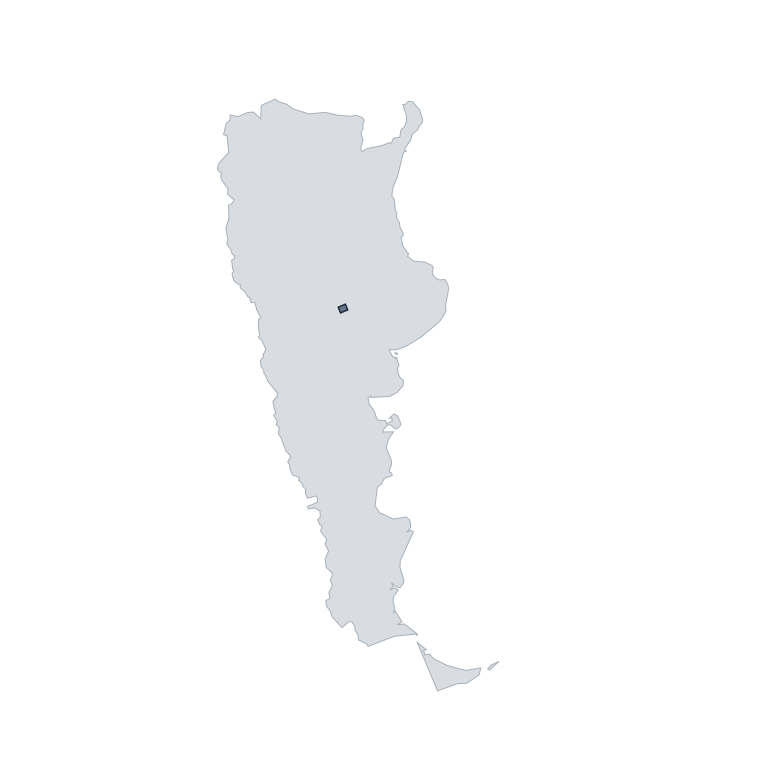 location of Trenel, La Pampa, Argentina, rotated 337°
{"feature_id": "61730980B26408179177195", "entity_name": "Trenel", "entity_type": "district", "adm_level": 2, "iso_a3": "ARG", "parent_name": "Argentina", "parent_adm1": "La Pampa", "projection": "mercator", "projection_center": [-64.18, -35.632], "detail": "fine", "context": "in_parent", "style": "filled", "palette": "slate", "viewbox_px": 768, "rotation_deg": 337, "n_neighbors": 0, "source": "geoboundaries", "source_scale": "gbopen_adm2", "svg_char_len": 4038}
<svg xmlns="http://www.w3.org/2000/svg" viewBox="0 0 768 768"><g transform="rotate(337 384 384)"><path d="M468.4,207.4L464.7,213.9L465.6,218.3L462.2,228.8L463.1,230.8L460.3,235.8L461.3,241.2L459.9,246.5L460.5,253.1L459.4,255.1L457.0,255.6L455.3,264.9L457.4,273.9L455.6,275.6L459.0,282.2L469.3,287.9L474.6,293.9L474.8,296.3L472.0,300.0L471.7,303.1L473.3,307.4L475.9,310.0L481.0,311.6L481.6,317.7L480.8,321.6L471.4,335.5L469.3,341.6L460.4,347.8L437.3,355.1L419.2,357.9L408.9,357.3L402.1,354.4L402.6,362.4L406.0,364.8L404.3,364.9L405.7,366.3L404.9,373.0L402.8,374.3L401.1,379.8L401.3,384.6L403.3,388.6L401.2,392.6L393.3,396.7L384.0,397.6L366.7,391.2L367.4,390.1L366.5,389.7L363.7,391.0L362.5,396.6L364.4,405.2L363.8,412.8L364.8,415.3L371.1,418.2L370.7,421.3L372.8,421.6L377.3,420.9L377.8,418.4L375.5,417.5L381.6,415.5L383.9,418.7L384.1,426.6L383.0,428.7L378.2,430.2L376.9,429.8L374.1,424.3L371.8,423.1L365.1,426.0L364.3,427.8L374.2,431.8L366.9,436.1L361.1,443.5L360.9,457.3L359.6,461.1L355.6,464.8L354.9,467.4L356.2,469.0L355.7,471.6L347.9,470.8L342.4,475.1L337.4,476.6L328.2,492.6L329.5,500.5L339.7,512.0L352.7,515.1L354.3,519.0L353.8,523.7L352.2,526.5L347.5,529.1L351.5,529.1L353.3,531.5L330.0,552.9L327.0,559.2L325.6,572.4L323.7,575.2L318.9,577.8L315.7,575.0L313.2,570.1L313.2,574.1L308.8,575.6L314.1,575.7L316.6,579.0L309.3,583.9L307.2,588.3L306.3,594.6L303.5,598.2L305.7,597.4L307.7,609.9L302.0,610.7L309.0,612.8L317.0,627.2L316.3,628.3L316.1,626.8L295.0,620.3L266.8,619.3L267.0,617.4L260.6,609.7L262.1,604.3L261.1,599.7L262.5,595.6L261.6,590.5L259.2,588.9L250.2,591.8L245.3,578.2L245.7,571.0L244.2,566.4L245.8,560.6L250.4,560.3L251.9,554.2L257.7,549.5L257.8,543.6L261.4,540.4L262.3,537.5L259.1,530.1L261.5,522.1L267.7,516.1L267.2,508.4L270.6,504.8L268.1,494.8L271.5,490.6L269.9,488.3L269.9,483.0L273.3,481.7L275.4,476.1L272.0,471.1L265.8,469.6L265.5,467.0L276.7,466.8L278.2,462.8L277.4,460.4L268.9,459.3L269.0,453.9L270.9,450.4L269.3,447.0L269.9,443.8L267.7,439.1L269.9,437.0L264.3,432.2L264.4,424.3L265.6,422.4L264.9,418.2L269.9,414.3L267.6,406.8L268.2,392.7L267.3,388.9L270.5,383.2L268.9,379.4L271.1,376.6L270.3,369.5L272.8,368.9L274.8,356.8L281.1,353.3L282.4,350.9L278.1,335.8L278.5,330.2L277.6,327.6L278.7,324.4L277.7,319.6L279.6,314.0L283.9,311.7L284.3,309.8L288.8,305.9L288.6,296.6L286.7,291.9L288.9,290.1L290.4,283.1L293.7,275.7L296.5,274.4L295.9,266.0L297.0,258.5L293.3,257.1L294.1,251.8L292.8,250.5L292.1,244.9L289.6,240.0L289.5,237.8L290.9,236.4L288.1,234.5L286.2,230.0L286.7,225.8L287.2,223.1L290.1,221.0L289.6,219.0L292.1,210.6L295.1,210.2L296.6,207.2L295.0,205.6L295.5,200.6L294.1,193.4L296.9,189.9L299.3,178.8L306.0,171.0L310.7,158.8L314.2,158.6L318.1,156.0L314.2,148.1L316.7,143.1L314.1,132.7L314.9,128.8L317.1,126.6L314.6,122.6L315.4,119.4L319.0,115.8L331.6,110.2L336.5,94.4L333.8,91.7L340.6,82.5L345.5,80.9L347.5,76.2L353.8,80.7L364.8,80.9L370.2,82.7L374.1,91.8L379.8,79.6L394.9,79.2L398.0,83.6L403.8,88.5L407.8,95.3L420.4,106.0L436.4,111.2L446.3,118.4L457.8,124.5L463.5,125.9L467.9,130.2L469.0,133.4L466.4,136.0L464.5,140.8L461.4,143.5L460.1,146.7L460.3,150.6L454.3,158.5L454.5,161.4L460.6,160.7L475.4,163.8L482.6,163.8L484.9,165.1L488.7,161.5L495.0,162.9L499.1,156.5L503.2,155.3L507.5,150.9L509.6,145.5L510.5,134.1L512.9,134.9L516.9,133.3L520.6,135.5L523.8,145.2L523.1,154.6L521.4,158.3L516.9,160.4L514.5,163.1L507.5,165.1L503.6,170.1L494.9,175.5L495.4,178.3L492.6,178.1L477.8,197.8L468.4,207.4ZM313.4,687.4L313.7,635.1L319.2,645.1L316.5,644.5L315.7,649.3L320.3,650.4L322.4,656.5L332.4,668.0L347.3,679.6L362.1,683.1L358.0,688.9L343.4,691.8L334.8,688.6L313.4,687.4ZM368.1,686.8L372.5,684.6L381.3,684.3L369.7,688.6L368.1,686.8ZM408.1,360.4L407.9,362.1L405.5,359.5L408.1,360.4Z" fill="#d9dde1" stroke="#a8b0b8" stroke-width="1"/><path d="M371.8,301.6L375.6,301.6L377.2,301.6L378.0,301.6L379.5,301.6L379.6,299.5L379.6,298.0L379.6,296.4L379.6,295.4L378.1,295.4L375.7,295.4L373.5,295.4L371.9,295.4L371.8,296.4L371.8,299.4L371.8,300.5L371.8,300.8L371.8,301.6Z" fill="#64748b" stroke="#1e293b" stroke-width="1.5"/></g></svg>